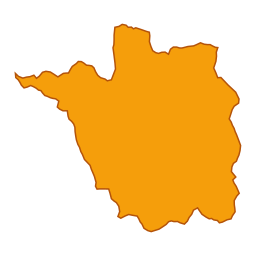 the district of Monte Alto, São Paulo, Brazil
{"feature_id": "56859067B42660114948434", "entity_name": "Monte Alto", "entity_type": "district", "adm_level": 2, "iso_a3": "BRA", "parent_name": "Brazil", "parent_adm1": "São Paulo", "projection": "equal_earth", "projection_center": [-48.551, -21.258], "detail": "fine", "context": "isolated", "style": "filled", "palette": "amber", "viewbox_px": 256, "rotation_deg": 0, "n_neighbors": 0, "source": "geoboundaries", "source_scale": "gbopen_adm2", "svg_char_len": 2461}
<svg xmlns="http://www.w3.org/2000/svg" viewBox="0 0 256 256"><path d="M24.0,87.9L27.1,87.1L30.7,85.5L33.3,86.6L36.2,88.2L38.5,90.1L40.9,90.6L42.6,93.0L44.8,95.5L47.3,96.3L50.3,97.7L52.8,98.4L55.6,98.8L58.8,101.1L57.3,107.0L59.6,109.1L63.0,110.8L67.3,110.8L68.1,116.3L69.1,119.2L71.6,121.3L73.7,124.0L74.9,127.3L75.1,131.6L75.7,135.8L76.4,139.9L77.9,144.4L79.5,147.3L80.9,151.7L82.4,154.4L84.5,159.5L87.1,162.2L90.1,165.4L91.3,169.1L92.9,172.8L94.4,176.4L96.1,182.5L95.5,186.2L97.0,189.1L99.9,188.9L103.8,188.9L108.7,189.0L110.1,193.5L111.4,198.7L113.9,200.9L116.4,202.6L118.8,206.3L119.7,211.6L117.9,216.5L120.8,218.2L125.3,215.9L128.7,214.5L132.7,215.3L137.2,216.1L138.8,218.8L140.2,221.9L142.0,224.1L144.0,228.3L147.8,230.6L151.2,231.6L158.9,229.2L161.3,227.7L166.2,224.4L168.6,221.7L171.3,220.9L173.9,221.6L177.6,221.5L180.1,222.8L184.4,224.1L187.4,221.1L189.1,217.5L191.7,214.3L193.5,210.1L197.6,207.9L199.4,210.6L202.0,214.3L206.1,217.1L209.2,218.8L211.6,218.5L213.8,219.9L217.4,220.5L219.4,222.8L222.4,222.1L227.0,219.8L231.0,218.9L232.4,215.8L235.1,211.8L234.8,208.4L234.3,204.8L234.2,200.6L236.8,196.0L239.2,193.3L236.2,186.4L234.0,183.0L232.8,179.9L235.8,177.0L233.3,174.0L231.4,171.6L231.9,166.9L233.4,163.4L236.4,161.2L237.5,158.1L238.9,155.1L240.0,150.7L240.6,145.5L238.3,139.3L236.5,134.6L235.1,131.5L234.1,128.4L232.4,125.3L231.2,122.1L229.2,118.9L230.8,114.0L232.2,109.6L234.2,106.2L236.5,104.6L238.6,103.1L239.0,99.0L237.2,95.3L235.7,92.2L227.9,84.9L225.0,81.8L220.9,77.5L217.7,77.7L215.9,72.9L213.7,68.0L215.9,61.3L216.5,56.2L216.3,52.2L217.8,47.6L215.3,47.3L212.4,45.9L210.1,44.6L207.4,44.6L204.1,44.2L200.5,42.8L196.0,44.9L193.6,45.9L188.0,46.5L182.1,48.0L179.6,48.0L176.7,47.1L173.3,47.1L170.5,49.2L168.5,54.2L165.1,52.1L161.7,52.3L158.6,53.4L155.8,52.7L152.7,50.7L150.9,46.4L149.4,41.7L149.8,35.8L149.3,32.2L146.4,31.4L141.6,29.7L135.8,27.8L133.4,28.8L131.4,27.1L128.2,27.3L126.1,25.2L122.2,24.4L119.0,26.4L114.9,27.3L114.1,35.1L114.1,39.8L113.9,44.6L113.0,47.8L113.8,53.5L115.0,63.0L115.5,69.1L111.4,79.8L107.3,80.8L105.1,79.1L100.6,77.7L97.8,75.4L95.6,71.8L93.9,67.8L91.8,65.9L89.1,65.4L86.5,65.2L83.7,63.0L81.3,61.6L78.3,61.5L76.3,63.6L72.3,66.4L70.6,69.1L68.5,73.0L65.9,73.1L63.3,73.4L60.5,75.2L57.9,76.9L53.8,74.2L50.3,72.0L45.9,71.3L42.5,72.3L39.3,76.2L36.5,78.3L33.9,75.2L29.9,76.7L26.6,77.1L22.8,78.1L18.5,76.4L15.4,73.4L15.8,77.6L18.1,79.6L19.9,82.3L21.4,85.2L24.0,87.9Z" fill="#f59e0b" stroke="#b45309" stroke-width="1.5"/></svg>